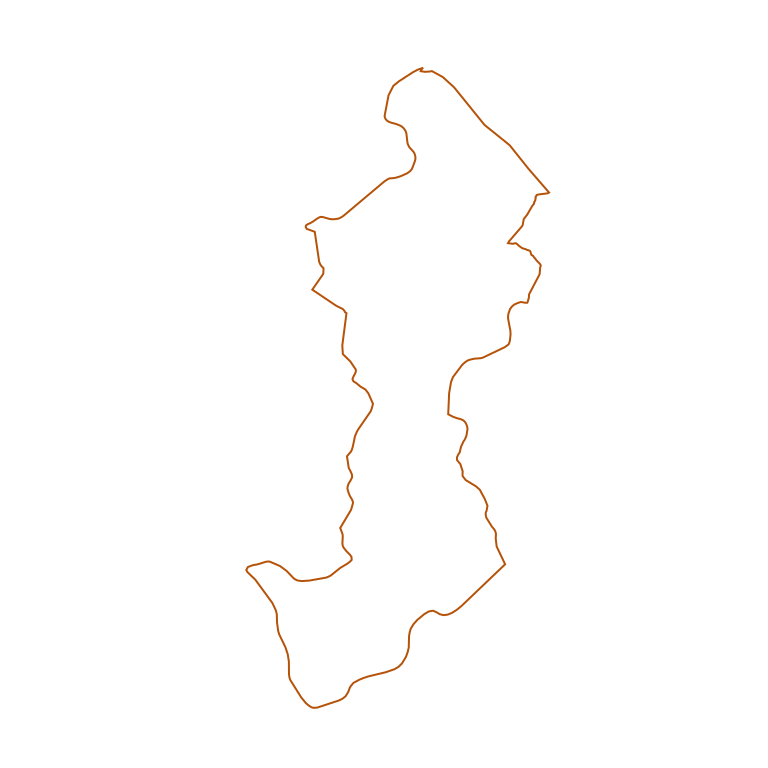 the State of Aragua, rotated 56°
{"feature_id": "VEN-41", "entity_name": "Aragua", "entity_type": "State", "adm_level": 1, "iso_a3": "VEN", "parent_name": "Venezuela", "parent_adm1": "", "projection": "natural_earth1", "projection_center": [-67.18, 9.967], "detail": "fine", "context": "isolated", "style": "outline", "palette": "amber", "viewbox_px": 768, "rotation_deg": 56, "n_neighbors": 0, "source": "natural_earth", "source_scale": "10m", "svg_char_len": 4137}
<svg xmlns="http://www.w3.org/2000/svg" viewBox="0 0 768 768"><g transform="rotate(56 384 384)"><path d="M143.8,174.7L143.9,176.5L145.2,178.6L148.0,175.6L150.6,171.2L151.4,169.3L162.5,163.6L177.2,160.0L225.4,155.8L256.3,146.3L286.1,143.9L317.6,140.1L317.4,141.8L313.3,149.9L312.7,151.8L313.2,152.4L313.4,153.2L313.6,153.6L313.7,153.8L313.9,153.8L314.0,153.8L314.3,154.0L315.0,154.6L315.2,154.9L315.8,155.4L316.1,155.6L316.2,155.8L316.8,156.7L317.1,157.6L317.3,157.9L317.5,158.1L317.9,158.2L318.2,158.6L318.6,159.3L319.2,161.4L323.8,170.9L325.4,175.9L329.7,180.1L330.3,181.0L335.7,200.7L336.6,202.4L338.7,200.0L339.1,199.7L339.4,199.3L339.7,198.9L339.9,198.5L340.5,196.9L340.7,196.5L341.0,196.1L341.3,195.9L342.2,195.5L342.7,195.3L344.8,194.9L348.3,193.6L348.8,193.3L349.6,192.8L350.5,191.9L351.1,191.4L352.4,190.7L354.8,188.8L355.5,188.6L356.4,188.7L359.0,189.5L359.6,189.6L359.8,189.5L360.7,188.9L361.1,188.8L361.8,188.7L363.0,188.8L363.3,188.7L364.5,188.5L366.5,188.5L371.3,187.6L372.5,187.6L373.3,187.7L374.9,189.5L380.0,193.6L390.8,213.6L393.4,215.6L396.0,218.6L396.7,219.8L395.5,221.6L392.6,224.6L391.9,226.8L391.4,229.1L391.0,231.6L391.3,234.5L392.3,237.5L395.1,241.3L397.2,243.3L399.3,244.6L410.6,249.5L413.6,251.3L418.5,255.4L420.6,258.0L420.9,259.9L421.0,263.3L417.4,287.5L416.6,289.6L413.5,295.0L411.9,299.1L411.3,301.5L411.3,304.7L411.9,308.6L416.8,322.9L419.9,327.4L428.0,335.1L445.0,347.7L449.9,345.0L453.2,342.6L456.0,340.1L457.5,339.1L459.1,338.4L460.6,338.1L462.6,338.1L465.9,338.9L468.0,339.9L473.2,344.8L475.4,348.4L476.0,350.1L479.2,355.4L482.9,359.3L484.2,362.3L485.7,364.6L488.0,366.0L493.1,365.5L500.4,367.6L502.1,368.9L503.4,369.8L504.4,370.3L509.3,370.0L520.2,365.0L525.2,363.7L536.1,364.8L542.8,366.3L546.5,369.9L547.2,371.2L548.9,372.6L551.9,373.9L562.8,374.3L566.0,373.9L568.4,374.1L570.9,375.0L574.6,377.8L581.8,381.5L601.2,384.4L611.4,444.2L611.9,449.9L611.8,455.4L610.8,460.2L608.9,463.9L606.0,466.5L602.4,468.2L599.4,470.1L597.6,474.1L597.3,479.3L598.2,488.4L599.7,494.1L601.8,498.6L604.2,501.5L607.0,504.2L616.4,510.9L619.5,514.3L622.5,518.4L625.7,525.3L626.6,530.0L626.3,534.9L623.9,543.8L617.7,560.4L616.3,565.3L615.3,570.3L614.7,576.5L615.7,579.9L616.4,581.8L619.3,585.8L621.4,590.5L621.7,594.4L621.1,598.6L614.9,620.4L613.0,623.6L611.3,625.0L608.2,626.3L604.9,627.2L597.5,627.9L576.9,627.2L574.7,626.6L571.7,625.2L560.8,618.0L554.1,614.9L547.0,612.9L533.0,610.9L529.5,609.8L522.0,606.1L514.9,601.6L511.4,600.3L503.3,599.0L474.3,600.1L463.6,602.4L461.2,602.2L459.6,599.1L460.9,594.0L463.0,589.2L465.2,581.7L466.1,579.7L467.3,578.1L476.8,572.0L484.4,569.3L495.2,567.4L497.0,566.5L498.6,565.5L501.3,562.5L505.2,555.9L512.2,540.1L512.7,537.7L513.0,535.3L512.0,522.9L512.5,514.1L512.1,510.7L511.7,509.1L509.0,507.6L506.3,507.7L501.9,508.6L497.4,509.0L495.2,508.7L493.3,507.9L487.1,503.3L485.2,502.3L478.9,500.8L469.8,481.5L465.2,476.1L463.4,475.4L461.5,475.1L457.9,474.9L455.1,474.4L450.6,473.0L448.4,471.2L446.7,468.9L445.6,466.3L443.7,462.8L441.6,461.4L439.2,460.8L433.7,460.1L423.2,455.1L421.5,449.0L420.5,447.4L418.5,444.9L411.1,437.3L408.6,433.5L407.1,430.5L399.2,410.3L397.2,407.5L394.2,404.2L383.1,402.2L378.1,402.5L373.2,404.9L367.3,406.6L365.7,407.5L364.1,407.8L362.3,407.4L360.4,404.6L359.2,402.2L357.9,400.3L356.2,399.3L346.4,399.3L336.2,401.4L328.7,397.0L304.3,375.5L302.5,376.2L301.4,375.9L298.9,376.2L292.1,380.0L265.7,390.7L258.7,372.7L254.2,369.4L251.3,369.9L249.6,370.0L247.8,369.7L246.2,369.3L219.1,356.3L212.2,361.3L209.9,361.1L208.9,359.9L208.9,357.7L209.4,355.2L209.6,352.5L209.5,346.0L209.9,343.4L211.1,341.6L216.9,336.7L218.4,334.9L219.8,332.7L221.5,329.1L221.9,326.1L221.9,323.4L216.3,270.7L216.3,266.6L216.6,264.5L218.9,260.5L220.0,257.6L221.1,253.8L222.3,246.8L222.1,243.1L221.3,240.5L217.0,234.4L215.6,232.7L214.0,231.4L212.2,230.5L210.3,229.9L208.2,229.7L201.9,230.6L199.7,230.3L197.6,229.9L188.7,225.3L186.6,224.7L184.4,224.6L182.2,224.8L180.2,225.4L178.5,226.3L175.3,228.5L171.0,232.2L169.4,233.3L167.7,234.1L165.7,234.5L163.8,234.3L162.1,233.6L147.2,218.8L142.0,209.4L141.4,202.2L141.7,185.4L142.4,179.7L143.8,174.7Z" fill="none" stroke="#b45309" stroke-width="2"/></g></svg>